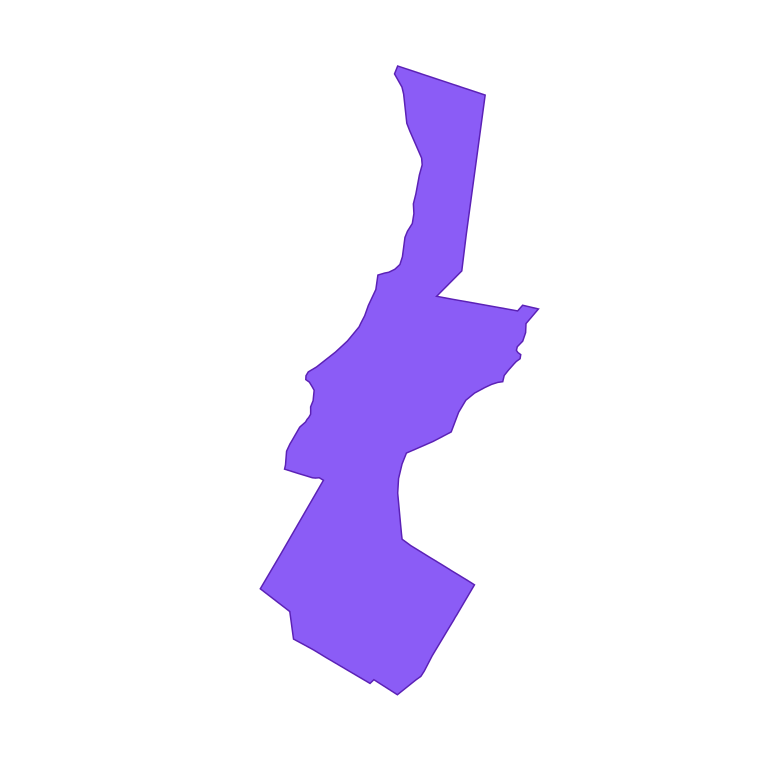 Racsa, Satu Mare, Romania (Equal Earth projection), rotated 255°
{"feature_id": "2599482B77905945866588", "entity_name": "Racsa", "entity_type": "district", "adm_level": 2, "iso_a3": "ROU", "parent_name": "Romania", "parent_adm1": "Satu Mare", "projection": "equal_earth", "projection_center": [23.264, 47.856], "detail": "fine", "context": "isolated", "style": "filled", "palette": "violet", "viewbox_px": 768, "rotation_deg": 255, "n_neighbors": 0, "source": "geoboundaries", "source_scale": "gbopen_adm2", "svg_char_len": 1714}
<svg xmlns="http://www.w3.org/2000/svg" viewBox="0 0 768 768"><g transform="rotate(255 384 384)"><path d="M218.2,211.5L201.3,224.4L188.6,234.1L177.6,232.7L166.7,231.3L161.0,230.6L157.0,234.9L145.4,247.1L134.2,257.8L98.4,293.0L101.0,297.7L80.4,316.5L89.9,338.2L92.1,344.0L96.3,348.6L109.1,360.3L131.7,383.7L138.1,390.4L140.2,392.4L142.1,394.5L143.5,395.9L159.9,412.6L166.6,419.4L168.6,417.6L171.4,415.0L186.5,400.6L192.1,395.4L205.4,382.7L221.0,368.0L229.4,361.3L234.7,362.1L243.6,363.6L275.1,369.0L288.9,373.6L302.0,380.7L311.5,387.8L315.8,416.5L320.3,436.5L337.4,448.8L347.1,458.8L351.8,469.1L354.5,480.5L355.8,487.9L356.1,494.3L355.5,499.3L361.1,502.3L365.1,507.7L369.8,514.8L371.5,517.6L373.2,522.0L377.0,523.7L379.7,521.5L382.2,520.6L385.5,522.4L389.5,529.1L397.0,534.1L405.6,536.8L416.5,552.6L424.2,538.3L420.0,532.0L435.2,499.7L448.1,472.1L455.1,457.5L473.1,488.4L507.0,502.1L571.9,529.3L636.9,556.5L687.6,479.5L680.8,474.4L666.1,478.2L658.9,478.0L629.9,473.5L621.8,474.4L593.2,478.7L592.5,478.8L585.8,477.6L576.8,472.3L559.4,464.0L550.4,459.0L540.9,457.0L531.7,452.9L525.5,446.2L520.2,442.2L502.1,434.7L495.3,430.3L492.0,424.1L490.7,417.5L491.0,413.3L490.8,406.3L477.4,400.6L463.9,389.2L454.9,383.0L449.0,377.6L445.6,374.7L435.0,359.8L427.4,345.4L417.9,323.2L415.3,314.0L412.2,310.8L408.5,309.6L405.1,312.4L400.0,313.9L396.0,314.9L390.2,312.7L386.2,311.2L382.9,308.7L380.9,307.2L377.7,306.4L373.8,305.3L371.2,302.7L369.7,300.5L367.6,298.4L364.9,292.9L364.1,291.4L360.8,288.1L357.1,284.4L352.5,279.8L350.5,277.7L344.3,272.5L331.3,267.9L327.5,265.9L319.6,278.3L315.4,285.1L312.0,290.5L310.9,293.4L310.2,297.2L306.7,300.6L245.1,238.9L218.2,211.5Z" fill="#8b5cf6" stroke="#5b21b6" stroke-width="1.5"/></g></svg>